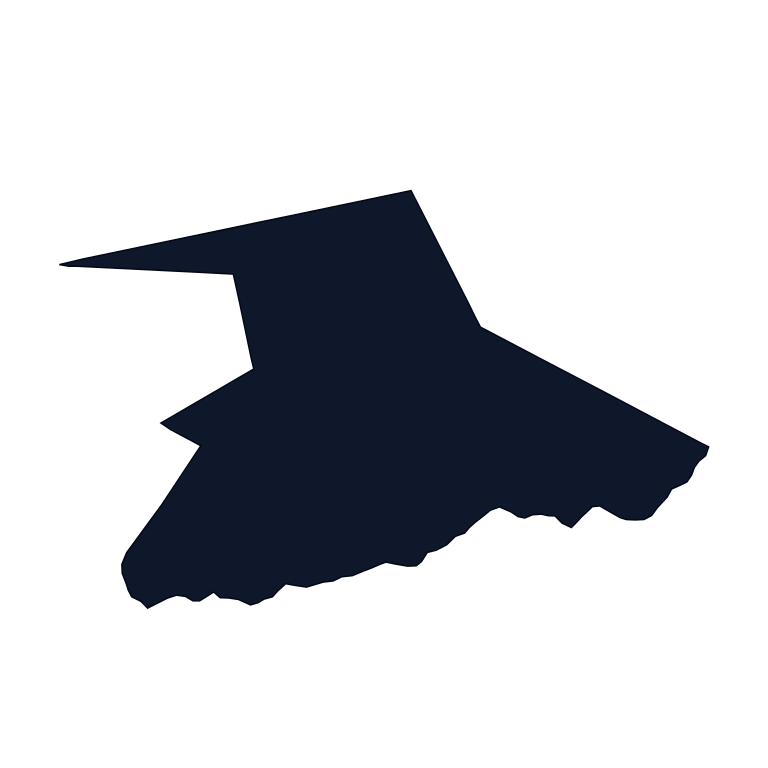 Antas, Bahia, Brazil, rotated 346°
{"feature_id": "56859067B87262199303624", "entity_name": "Antas", "entity_type": "district", "adm_level": 2, "iso_a3": "BRA", "parent_name": "Brazil", "parent_adm1": "Bahia", "projection": "albers", "projection_center": [-38.294, -10.395], "detail": "fine", "context": "isolated", "style": "filled", "palette": "ink", "viewbox_px": 768, "rotation_deg": 346, "n_neighbors": 0, "source": "geoboundaries", "source_scale": "gbopen_adm2", "svg_char_len": 1459}
<svg xmlns="http://www.w3.org/2000/svg" viewBox="0 0 768 768"><g transform="rotate(346 384 384)"><path d="M683.8,523.5L676.8,517.6L663.7,505.9L645.8,489.9L597.8,446.9L545.1,400.1L491.3,352.1L488.6,340.7L485.4,325.6L457.0,202.9L439.6,202.2L327.9,197.9L306.4,197.0L122.9,189.9L97.9,189.6L106.7,193.5L114.6,195.5L229.1,230.1L264.4,240.9L263.5,272.0L261.4,326.4L261.3,337.9L158.1,367.9L166.0,376.7L181.2,390.4L191.3,399.6L138.9,447.6L93.5,485.4L86.0,495.6L84.2,504.4L85.6,515.4L86.0,522.1L87.7,529.4L95.7,536.2L100.4,544.3L106.8,542.8L114.1,541.2L121.9,539.4L131.6,538.7L140.0,542.1L146.2,548.2L152.6,549.8L160.4,547.3L168.4,544.6L173.3,551.7L181.6,554.1L190.7,557.9L201.1,566.1L209.1,565.7L215.7,563.7L224.3,563.5L230.9,559.0L240.3,554.0L249.2,558.0L259.6,562.3L268.4,561.9L277.0,561.5L287.1,562.8L296.3,560.8L306.9,562.3L318.9,560.5L327.9,559.4L336.3,558.0L342.8,557.3L351.6,561.5L362.7,566.4L371.3,568.2L377.5,565.3L385.2,557.9L394.5,557.9L406.0,555.1L416.3,549.1L426.2,548.1L432.0,543.9L438.9,540.3L448.6,536.0L456.6,532.2L466.3,531.2L476.4,538.9L481.9,545.0L488.2,548.1L496.5,546.8L505.2,548.4L511.7,551.6L518.0,553.4L523.2,562.2L531.1,568.6L538.0,564.4L543.3,560.8L549.9,557.2L556.5,553.4L563.8,554.5L571.8,562.2L580.7,570.7L586.2,574.1L594.6,576.6L603.5,578.4L611.9,576.3L619.5,570.0L631.4,562.2L637.6,555.5L645.6,554.1L654.2,552.3L660.4,546.8L664.9,540.1L670.8,535.1L678.8,531.3L683.8,523.5Z" fill="#0f172a" stroke="#020617" stroke-width="1.5"/></g></svg>